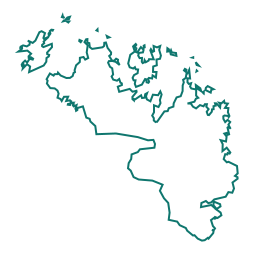 outline of Sengerema, Mwanza, United Republic of Tanzania
{"feature_id": "72390352B95612948822264", "entity_name": "Sengerema", "entity_type": "district", "adm_level": 2, "iso_a3": "TZA", "parent_name": "United Republic of Tanzania", "parent_adm1": "Mwanza", "projection": "robinson", "projection_center": [32.45, -2.582], "detail": "fine", "context": "isolated", "style": "outline", "palette": "teal", "viewbox_px": 256, "rotation_deg": 0, "n_neighbors": 0, "source": "geoboundaries", "source_scale": "gbopen_adm2", "svg_char_len": 5674}
<svg xmlns="http://www.w3.org/2000/svg" viewBox="0 0 256 256"><path d="M168.7,219.8L177.2,221.6L179.7,225.2L185.8,228.0L187.2,230.7L193.0,235.5L194.5,235.2L197.7,238.6L201.9,240.6L204.7,240.2L207.9,237.8L208.6,238.6L213.2,233.1L213.6,231.0L212.0,229.7L213.6,230.4L215.0,228.4L212.9,226.0L211.0,220.1L214.1,217.8L214.9,218.7L215.9,218.2L214.4,218.0L215.0,217.0L217.5,218.0L221.4,215.3L220.6,212.6L216.1,209.3L220.5,206.4L220.1,204.2L213.8,201.6L213.4,205.2L215.8,208.0L215.1,208.3L211.3,205.0L201.0,207.1L201.4,203.0L205.9,201.0L208.3,203.1L211.1,202.5L214.3,199.4L225.7,196.7L228.4,192.1L232.3,192.7L234.0,188.5L232.5,182.5L237.6,178.7L237.5,177.2L235.0,175.9L237.7,173.4L237.0,166.0L228.5,161.8L226.8,162.3L223.7,159.1L225.2,154.2L227.3,154.5L227.7,153.0L229.6,153.6L230.3,152.5L226.7,147.7L222.5,151.1L222.7,144.1L220.7,140.2L226.0,141.5L226.6,136.6L224.3,133.6L226.7,132.9L227.7,134.8L229.1,134.3L227.5,127.6L228.5,126.7L230.6,128.8L228.4,124.7L230.2,122.0L227.6,119.9L225.2,122.1L223.4,118.9L223.3,116.3L224.5,115.5L228.3,116.0L228.7,117.1L229.4,116.0L227.9,112.2L228.4,108.1L225.0,107.9L227.8,103.6L224.6,103.2L224.1,100.9L221.5,103.3L219.2,102.8L220.4,104.5L220.1,107.5L216.5,103.4L215.0,103.3L215.7,105.6L213.5,106.2L213.6,109.2L212.0,109.4L211.8,111.7L209.0,115.1L207.8,114.9L206.7,111.8L208.6,109.1L206.3,106.7L206.9,104.2L204.9,104.2L203.5,106.3L200.0,105.1L196.1,108.4L193.0,106.7L190.8,103.5L187.5,103.5L194.4,101.7L195.9,98.7L198.2,97.8L196.1,95.6L196.2,89.5L191.3,88.5L190.1,86.6L191.1,83.2L188.8,83.9L187.5,82.3L187.5,78.3L190.1,78.5L189.2,69.8L187.4,73.6L186.5,73.6L185.7,78.0L183.1,79.8L183.8,82.4L182.7,85.4L182.6,91.1L180.7,96.2L176.6,97.4L173.7,103.3L173.4,106.6L168.8,108.2L167.7,111.1L164.4,111.4L157.1,121.8L155.7,121.7L156.1,122.5L153.8,120.5L153.8,118.1L152.2,115.6L154.0,112.3L154.0,105.3L158.5,107.0L160.5,103.1L159.9,100.0L161.6,94.5L160.3,91.4L158.1,95.2L152.9,94.7L150.4,101.3L146.9,99.4L146.0,96.2L147.1,93.1L145.2,94.2L144.6,97.7L142.0,98.0L141.1,95.3L135.1,99.4L133.7,98.9L133.8,100.3L132.5,99.2L132.4,96.9L136.6,91.9L136.4,90.8L132.5,91.7L129.7,88.9L119.2,91.8L117.8,86.7L121.9,85.0L121.8,83.4L120.4,82.6L119.2,79.0L117.0,80.7L113.2,79.6L111.6,76.5L113.1,74.5L112.2,68.3L110.0,66.8L108.1,62.7L108.9,61.1L112.5,61.0L115.6,61.8L119.6,65.0L117.8,61.6L118.0,59.7L116.1,58.7L114.2,60.7L112.0,60.6L109.2,56.0L111.0,54.4L111.1,52.4L107.6,47.9L105.9,42.5L104.3,42.8L104.1,46.0L102.5,47.3L92.1,48.9L89.8,47.2L89.3,43.1L87.3,42.7L87.4,39.1L86.1,39.3L84.5,42.1L87.7,45.3L86.7,52.4L88.2,58.0L85.2,59.6L83.5,57.0L79.9,57.8L79.8,62.0L76.1,65.3L74.6,70.2L75.0,72.1L73.6,72.9L72.7,76.0L70.0,77.9L66.4,78.0L60.6,75.5L58.0,72.6L57.6,74.1L54.5,74.2L53.6,75.6L49.9,73.5L46.6,79.2L47.6,80.7L46.9,83.5L50.3,88.1L54.7,88.4L57.5,90.6L58.6,93.6L57.5,97.7L60.5,99.0L61.7,101.0L64.0,96.8L68.1,96.7L66.2,101.0L69.9,100.3L70.7,102.1L71.1,100.4L71.2,102.7L73.3,102.7L72.5,103.5L73.7,104.1L72.9,105.3L73.7,106.4L76.5,105.1L75.7,107.8L76.7,107.4L77.2,108.0L75.7,108.4L76.1,110.8L77.3,110.1L77.5,108.0L82.9,106.4L86.3,117.6L89.6,118.8L90.4,121.5L95.3,126.0L96.4,134.2L115.9,133.5L137.8,137.1L148.0,140.3L153.4,139.9L155.0,144.0L154.4,147.7L139.9,149.3L137.8,152.1L131.6,154.4L131.2,159.0L128.7,163.1L128.0,168.3L130.7,170.6L133.6,177.1L138.7,179.5L152.4,180.6L162.6,184.7L159.9,190.8L164.0,198.3L168.2,202.9L169.6,212.6L168.7,219.8ZM136.3,44.9L135.7,44.0L133.1,46.4L134.8,51.5L130.3,54.8L128.2,63.5L129.7,67.3L133.2,68.5L134.9,67.2L135.7,69.3L138.1,69.5L137.6,73.2L134.0,75.1L132.6,77.9L133.6,80.3L135.5,80.3L134.8,83.8L136.0,86.9L141.9,84.6L145.1,79.0L146.2,79.3L146.6,82.3L148.4,82.8L149.1,81.8L148.1,78.8L148.9,77.9L152.1,78.5L152.6,75.4L155.9,77.6L156.5,72.0L153.0,71.9L153.2,66.5L156.8,65.3L156.5,59.5L160.0,58.8L160.9,55.6L159.2,49.9L160.2,46.0L157.0,47.4L153.6,46.0L154.1,51.2L152.8,51.8L150.9,49.1L150.3,50.3L153.7,59.3L149.0,59.2L148.6,60.6L145.8,62.2L144.6,60.2L144.2,62.4L142.7,63.1L141.8,61.8L142.0,57.9L139.6,58.1L138.2,55.6L138.9,52.9L142.9,52.4L143.6,49.9L140.9,47.1L137.2,52.5L135.5,51.8L136.4,48.3L134.7,47.1L136.3,44.9ZM41.6,31.2L39.4,32.2L35.4,40.6L32.7,42.9L27.8,40.6L29.9,42.2L29.5,44.7L26.8,46.4L23.1,45.4L20.6,46.7L20.3,47.7L22.0,47.6L22.1,48.7L18.3,51.6L27.4,50.6L31.1,53.7L28.6,56.3L28.7,57.7L30.8,57.2L33.1,58.7L32.7,59.6L29.6,58.8L27.1,62.6L25.1,60.6L22.9,62.7L23.7,64.7L22.2,63.8L21.7,64.7L22.1,66.1L23.4,65.7L22.8,68.6L27.0,64.2L30.1,66.5L29.1,72.1L43.7,65.5L46.3,61.7L46.5,58.0L48.8,56.4L49.2,54.9L47.2,54.1L47.1,52.6L52.0,47.1L51.8,43.8L43.4,47.1L42.1,46.2L42.1,44.9L44.2,43.2L43.6,41.6L48.6,36.8L44.0,38.9L43.4,38.0L45.0,33.1L41.6,31.2ZM207.7,86.1L205.9,87.8L205.4,90.0L210.7,92.6L211.3,89.8L213.5,89.2L207.7,86.1ZM171.8,52.4L171.0,50.2L170.2,51.9L170.8,54.4L176.4,55.8L176.0,53.0L171.8,52.4ZM200.3,88.3L195.8,85.0L196.0,87.7L201.2,91.2L200.3,88.3ZM69.9,16.8L67.4,17.5L66.0,19.1L68.7,19.6L69.9,16.8ZM169.2,51.3L168.9,49.3L167.4,48.2L167.2,51.6L169.2,51.3ZM198.8,65.7L195.7,62.2L196.7,65.0L198.8,65.7ZM48.8,36.0L50.4,33.6L49.9,31.7L48.6,33.6L48.8,36.0ZM184.9,68.9L184.0,70.4L185.9,71.9L186.4,69.7L184.9,68.9ZM79.5,39.9L79.2,41.0L80.7,42.2L81.6,40.9L79.5,39.9ZM70.6,103.5L68.0,104.0L67.8,104.7L70.0,105.0L70.6,103.5ZM109.3,37.3L106.8,36.0L107.4,37.9L109.3,37.3ZM62.6,15.4L61.9,17.1L64.5,17.9L62.9,16.6L62.6,15.4ZM144.5,45.3L143.7,45.7L143.8,47.9L144.7,47.4L144.5,45.3ZM97.6,30.9L97.5,29.3L96.5,30.4L97.6,30.9ZM203.8,91.5L203.0,92.0L203.3,93.2L203.7,93.5L203.8,91.5ZM53.0,29.9L51.4,29.7L50.7,30.3L52.6,30.7L53.0,29.9ZM196.5,71.4L197.2,71.0L196.7,70.5L196.5,71.4ZM68.3,22.5L68.8,21.9L67.7,22.1L68.3,22.5ZM193.2,57.3L192.4,57.6L193.2,57.8L193.2,57.3ZM64.7,20.9L63.7,20.6L63.2,21.3L64.7,20.9Z" fill="none" stroke="#0f766e" stroke-width="2"/></svg>